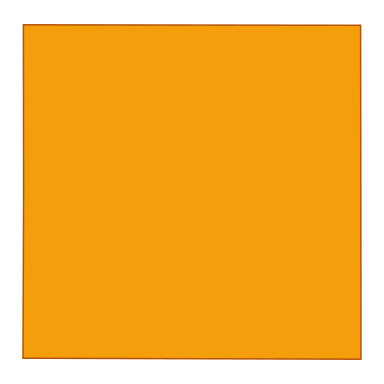 the district of Adair, Iowa, United States of America
{"feature_id": "52423323B63025537469888", "entity_name": "Adair", "entity_type": "district", "adm_level": 2, "iso_a3": "USA", "parent_name": "United States of America", "parent_adm1": "Iowa", "projection": "equal_earth", "projection_center": [-94.471, 41.331], "detail": "fine", "context": "isolated", "style": "filled", "palette": "amber", "viewbox_px": 384, "rotation_deg": 0, "n_neighbors": 0, "source": "geoboundaries", "source_scale": "gbopen_adm2", "svg_char_len": 211}
<svg xmlns="http://www.w3.org/2000/svg" viewBox="0 0 384 384"><path d="M361.0,359.2L360.6,25.3L23.4,24.8L23.6,191.5L23.0,358.2L192.4,358.7L361.0,359.2Z" fill="#f59e0b" stroke="#b45309" stroke-width="1.5"/></svg>